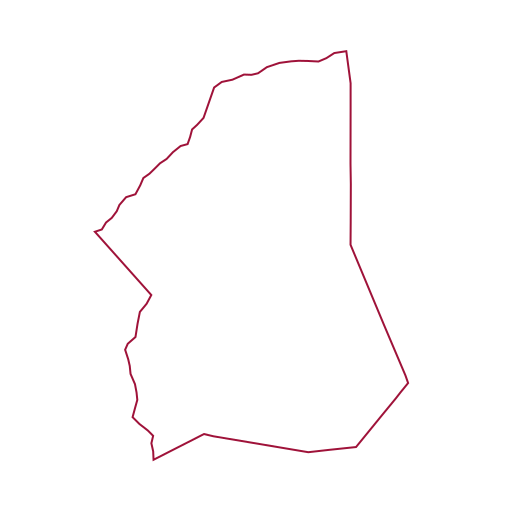 Sairé, Pernambuco, Brazil (orthographic projection), rotated 5°
{"feature_id": "56859067B69181665833953", "entity_name": "Sairé", "entity_type": "district", "adm_level": 2, "iso_a3": "BRA", "parent_name": "Brazil", "parent_adm1": "Pernambuco", "projection": "orthographic", "projection_center": [-35.7, -8.295], "detail": "fine", "context": "isolated", "style": "outline", "palette": "rose", "viewbox_px": 512, "rotation_deg": 5, "n_neighbors": 0, "source": "geoboundaries", "source_scale": "gbopen_adm2", "svg_char_len": 1059}
<svg xmlns="http://www.w3.org/2000/svg" viewBox="0 0 512 512"><g transform="rotate(5 256 256)"><path d="M372.3,437.6L395.6,403.3L407.8,385.5L411.8,379.3L418.6,369.3L415.3,362.0L389.5,313.5L386.3,307.4L349.2,236.6L347.4,214.2L344.2,176.1L342.1,155.8L337.4,100.9L335.2,75.7L328.1,44.1L316.3,47.0L308.8,52.8L301.3,56.8L290.5,57.2L281.6,57.8L274.1,59.0L262.5,61.6L250.4,66.9L242.1,73.8L235.7,75.9L228.2,76.3L217.2,82.4L206.7,85.6L199.6,91.8L191.7,123.0L185.9,130.5L181.3,135.5L180.0,143.1L178.1,150.5L171.3,153.0L164.2,159.8L158.5,167.1L152.3,172.0L147.7,177.5L142.7,183.3L137.0,188.1L134.5,195.7L130.5,205.0L121.5,208.7L115.5,217.0L113.4,223.5L109.0,230.6L103.7,235.7L100.1,243.0L93.4,245.9L155.1,304.0L151.2,313.1L145.2,321.8L143.9,333.8L143.0,347.2L135.9,354.6L133.8,360.8L137.7,370.0L139.8,376.5L141.3,384.4L146.6,394.2L148.9,402.4L150.3,409.7L148.7,418.3L147.1,427.3L154.5,433.5L163.5,439.3L169.2,444.1L168.1,451.7L170.6,459.6L171.7,467.9L219.7,437.9L229.3,439.3L325.2,446.9L346.0,442.7L372.3,437.6Z" fill="none" stroke="#9f1239" stroke-width="2"/></g></svg>